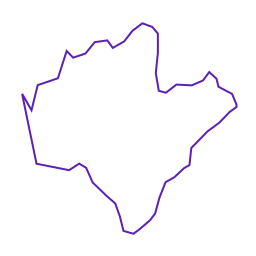 Arboga, Västmanland, Sweden, rotated 93°
{"feature_id": "70781695B70233385943782", "entity_name": "Arboga", "entity_type": "district", "adm_level": 2, "iso_a3": "SWE", "parent_name": "Sweden", "parent_adm1": "Västmanland", "projection": "equal_earth", "projection_center": [15.804, 59.383], "detail": "fine", "context": "isolated", "style": "outline", "palette": "violet", "viewbox_px": 256, "rotation_deg": 93, "n_neighbors": 0, "source": "geoboundaries", "source_scale": "gbopen_adm2", "svg_char_len": 778}
<svg xmlns="http://www.w3.org/2000/svg" viewBox="0 0 256 256"><g transform="rotate(93 128 128)"><path d="M232.7,119.8L233.3,117.0L228.6,111.3L219.0,101.2L211.9,96.4L196.1,93.0L180.2,87.7L174.7,79.1L165.2,70.0L161.8,64.7L144.6,63.7L127.2,48.4L117.7,36.9L106.6,27.3L101.3,20.7L98.9,20.9L88.5,25.9L82.1,39.8L74.2,42.2L67.9,49.8L76.6,55.6L82.1,66.6L82.1,81.9L90.8,92.0L89.2,99.2L71.8,103.1L51.2,102.1L32.2,103.1L25.9,108.9L22.7,119.0L23.0,119.4L30.6,128.6L41.7,136.3L48.8,147.4L41.6,153.2L44.0,165.7L55.9,174.4L60.6,186.5L54.3,193.3L82.0,200.6L89.9,220.4L115.3,225.3L100.2,235.0L100.4,235.3L168.5,217.5L168.7,216.0L173.2,184.6L166.1,174.9L170.0,167.7L184.3,160.4L196.9,145.9L204.0,136.8L216.7,131.5L231.0,127.1L232.7,119.8Z" fill="none" stroke="#5b21b6" stroke-width="2"/></g></svg>